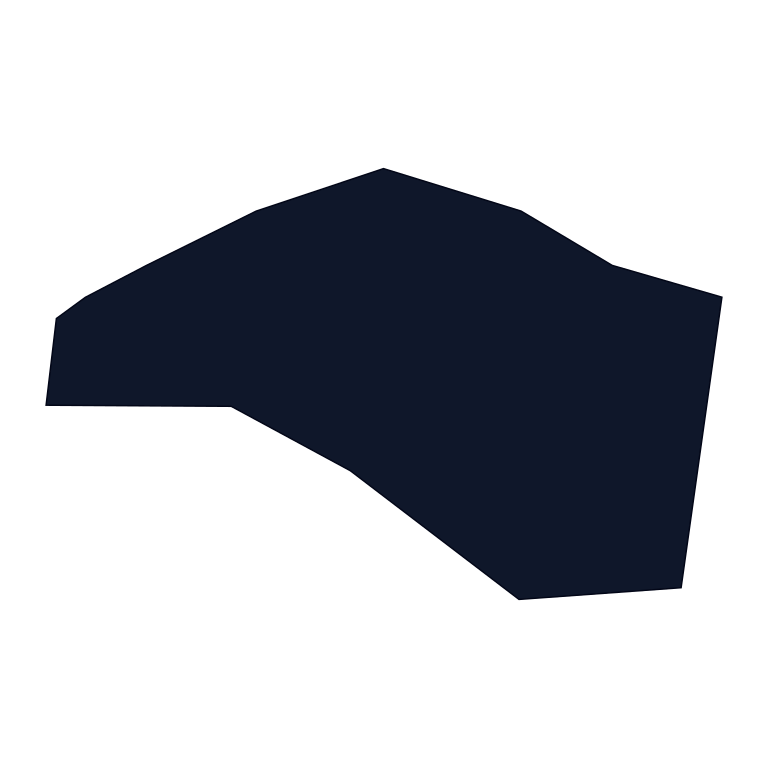 the state/province of Central and Western
{"feature_id": "HKG-5153", "entity_name": "Central and Western", "entity_type": "state/province", "adm_level": 1, "iso_a3": "HKG", "parent_name": "Hong Kong S.A.R.", "parent_adm1": "", "projection": "orthographic", "projection_center": [114.135, 22.273], "detail": "fine", "context": "isolated", "style": "filled", "palette": "ink", "viewbox_px": 768, "rotation_deg": 0, "n_neighbors": 0, "source": "natural_earth", "source_scale": "10m", "svg_char_len": 296}
<svg xmlns="http://www.w3.org/2000/svg" viewBox="0 0 768 768"><path d="M46.1,405.2L56.4,318.5L85.4,297.3L146.5,265.4L256.2,211.1L383.5,168.6L521.1,211.1L612.2,265.4L721.9,297.2L681.1,587.7L519.0,599.4L350.3,470.7L231.2,406.3L46.1,405.2Z" fill="#0f172a" stroke="#020617" stroke-width="1.5"/></svg>